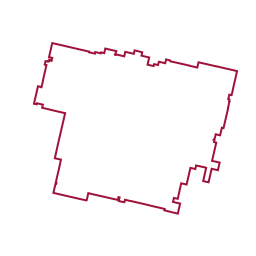 Moora, Western Australia, Australia, rotated 103°
{"feature_id": "25037944B54845573421137", "entity_name": "Moora", "entity_type": "district", "adm_level": 2, "iso_a3": "AUS", "parent_name": "Australia", "parent_adm1": "Western Australia", "projection": "albers", "projection_center": [116.192, -30.512], "detail": "fine", "context": "isolated", "style": "outline", "palette": "rose", "viewbox_px": 256, "rotation_deg": 103, "n_neighbors": 0, "source": "geoboundaries", "source_scale": "gbopen_adm2", "svg_char_len": 3030}
<svg xmlns="http://www.w3.org/2000/svg" viewBox="0 0 256 256"><g transform="rotate(103 128 128)"><path d="M48.0,40.0L48.0,54.5L48.0,55.5L48.0,55.8L48.1,56.0L48.1,59.3L48.1,69.9L48.1,74.0L49.7,74.1L53.5,74.1L53.5,81.9L53.4,81.9L53.4,86.3L53.5,90.4L53.4,90.4L53.5,101.7L52.7,102.2L52.6,106.3L56.5,106.3L56.5,108.4L56.5,112.8L59.9,112.9L59.9,116.9L61.9,117.0L61.9,123.2L54.5,123.2L54.5,131.1L51.0,131.2L50.9,139.0L54.4,139.0L54.4,147.8L59.0,147.8L59.0,156.3L59.6,156.4L59.6,156.9L59.4,156.9L59.5,157.0L59.4,157.2L59.2,157.1L58.9,157.0L58.6,157.0L57.8,156.9L55.7,156.7L55.7,164.0L55.7,168.0L60.4,168.0L60.4,171.3L61.4,171.3L61.4,177.0L63.0,177.0L63.0,183.0L62.3,183.0L62.3,191.0L62.3,194.7L62.4,194.8L62.3,195.0L62.3,195.5L62.3,200.1L62.3,203.6L62.3,203.9L62.3,212.8L62.3,214.7L62.3,214.9L62.3,216.3L62.3,220.2L62.3,220.9L72.5,220.9L76.7,220.9L76.7,217.6L79.8,217.6L79.8,218.9L79.1,218.9L79.1,220.1L80.8,220.1L80.8,221.2L81.4,221.2L81.4,222.3L81.4,223.4L85.0,223.4L85.0,221.6L92.2,221.6L99.4,221.6L103.8,221.4L107.8,221.5L107.8,222.5L107.6,222.6L107.6,225.1L110.4,225.1L113.9,225.1L117.6,225.1L118.1,225.1L122.1,225.1L125.5,225.1L125.5,223.5L125.4,223.5L125.4,222.3L124.4,222.3L124.4,221.1L124.4,216.2L127.6,216.2L127.6,212.1L127.7,205.9L127.7,200.3L127.7,192.6L134.7,192.6L134.9,192.6L135.3,192.6L138.1,192.6L139.9,192.6L142.0,192.6L143.5,192.6L153.3,192.6L156.2,192.6L157.3,192.6L160.3,192.6L169.9,192.5L171.5,192.5L173.9,192.5L173.9,191.3L173.9,186.2L183.3,186.1L186.4,186.1L187.6,186.1L189.7,186.1L195.3,186.1L197.5,186.1L197.5,185.4L198.5,185.4L198.5,186.1L200.4,186.1L208.0,186.1L208.0,184.8L208.0,184.6L208.0,183.5L208.0,182.6L208.0,172.9L208.0,169.6L208.0,163.9L208.0,158.6L207.9,155.4L207.9,152.4L207.9,152.2L207.6,152.0L207.4,152.0L204.7,152.0L202.1,152.0L200.4,152.0L200.4,150.8L200.5,150.8L200.4,134.1L200.4,127.6L200.4,127.4L200.4,126.6L200.4,124.4L200.3,122.2L200.3,121.9L200.4,121.7L197.5,121.7L197.5,120.6L201.2,120.6L201.2,115.1L201.1,114.8L198.6,114.8L198.6,114.7L198.6,113.0L198.6,110.2L198.5,107.7L198.5,105.3L198.5,105.2L198.5,100.6L198.5,93.1L198.5,92.2L198.6,88.6L198.6,80.6L198.6,74.1L200.0,74.1L200.2,66.2L200.2,60.2L198.3,60.2L197.5,60.2L197.2,60.2L197.0,60.3L196.8,60.3L196.5,60.2L193.2,60.2L189.9,60.2L189.9,60.5L189.9,64.0L189.9,67.5L185.8,67.5L185.8,63.6L181.3,63.6L176.6,63.7L169.9,63.7L169.9,58.2L167.3,58.2L157.2,58.2L152.8,58.2L152.8,54.7L152.8,53.2L149.2,53.2L149.1,44.9L149.2,42.9L159.5,42.8L162.8,42.8L162.8,42.7L162.8,37.3L160.3,37.3L159.1,37.3L148.9,37.3L148.9,30.9L148.4,30.9L147.9,30.9L146.4,30.9L141.1,30.9L141.1,38.7L140.9,38.7L138.2,38.7L130.2,38.7L124.3,38.7L122.4,38.7L122.4,41.0L120.1,41.0L120.1,41.8L119.8,41.6L117.7,41.1L114.4,41.1L114.4,36.6L110.6,36.6L106.6,36.6L106.6,34.9L98.2,34.9L97.6,34.9L97.3,34.9L96.6,34.9L88.5,34.9L85.6,34.9L85.6,35.1L79.7,35.1L79.4,35.0L79.3,35.3L79.3,35.5L77.3,35.6L77.3,35.8L77.3,36.0L77.3,36.4L77.3,36.5L77.3,36.8L75.9,36.8L72.7,36.8L72.7,34.5L68.6,34.4L63.8,34.5L52.1,34.5L48.0,34.6L48.0,40.0Z" fill="none" stroke="#9f1239" stroke-width="2"/></g></svg>